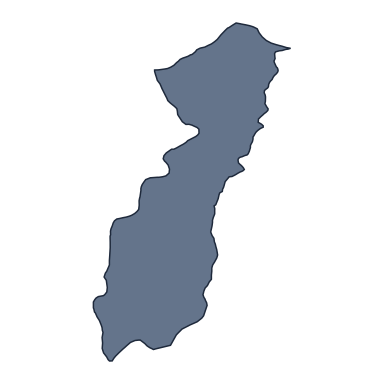 Ose, Ondo, Nigeria
{"feature_id": "59680162B83455285452940", "entity_name": "Ose", "entity_type": "district", "adm_level": 2, "iso_a3": "NGA", "parent_name": "Nigeria", "parent_adm1": "Ondo", "projection": "mercator", "projection_center": [5.755, 7.05], "detail": "fine", "context": "isolated", "style": "filled", "palette": "slate", "viewbox_px": 384, "rotation_deg": 0, "n_neighbors": 0, "source": "geoboundaries", "source_scale": "gbopen_adm2", "svg_char_len": 4248}
<svg xmlns="http://www.w3.org/2000/svg" viewBox="0 0 384 384"><path d="M243.2,170.6L244.3,169.5L243.5,168.0L242.4,166.6L241.0,165.2L239.9,164.3L238.5,162.9L238.0,160.0L238.3,158.9L239.2,157.8L240.3,157.2L242.2,156.7L244.2,155.8L245.6,155.3L247.0,155.0L248.1,153.9L249.3,151.3L249.8,149.6L250.4,147.6L250.4,145.9L250.7,144.8L252.4,141.7L253.0,139.1L253.0,137.1L253.9,135.7L255.0,133.7L255.9,132.3L257.6,130.6L259.8,128.9L261.2,128.1L263.2,127.2L263.2,125.8L261.5,124.2L258.2,122.3L258.5,118.9L259.4,118.1L260.8,116.7L263.1,114.7L264.2,113.6L265.9,112.4L266.4,111.9L267.8,110.5L268.1,109.1L268.1,108.8L266.8,107.0L264.9,103.6L265.4,101.3L265.5,97.6L265.5,96.8L265.2,95.1L264.2,92.8L264.5,90.5L266.1,89.1L267.6,88.0L268.4,86.8L268.7,84.3L269.6,82.3L270.7,80.9L272.1,79.5L273.0,77.5L274.4,75.5L275.8,74.3L276.6,73.5L277.8,71.8L278.1,70.4L277.8,69.0L277.3,67.8L276.4,67.0L275.6,65.3L274.8,63.5L274.3,62.4L274.0,61.0L274.6,59.8L275.1,58.4L274.9,57.3L274.6,53.6L275.5,51.9L277.5,51.3L279.4,50.8L282.2,50.5L284.1,49.9L285.8,49.4L288.1,49.1L290.6,48.3L286.5,47.6L282.0,46.2L278.8,45.4L277.1,44.9L276.9,44.9L271.2,43.1L266.3,40.5L262.2,36.9L259.1,32.8L257.2,28.8L256.6,28.5L253.6,27.0L252.2,26.5L249.6,25.7L245.5,24.8L241.2,24.0L240.4,23.8L236.1,23.0L235.3,23.5L233.0,24.9L228.9,27.6L227.6,28.1L225.3,30.3L220.9,34.9L217.3,39.4L214.6,41.7L211.5,43.9L208.4,45.3L204.8,47.1L200.3,48.1L199.6,48.4L196.7,49.9L195.4,51.7L192.2,54.4L190.4,54.9L188.2,56.2L185.5,57.2L182.8,58.1L180.1,59.4L178.3,61.3L176.6,62.6L173.9,65.3L170.7,67.2L167.6,68.5L164.9,69.0L161.3,69.5L158.2,69.9L154.6,70.0L154.6,71.3L155.5,74.5L156.4,77.2L157.3,80.3L160.0,83.9L161.0,86.2L161.9,88.4L163.7,92.0L165.5,95.6L166.9,98.3L167.8,100.6L168.1,100.9L168.6,101.4L170.5,103.2L174.5,106.4L176.8,108.6L177.3,110.9L177.7,114.5L178.2,115.4L180.3,118.6L182.3,121.7L185.9,124.4L189.0,124.3L192.2,125.2L193.1,125.7L197.1,127.5L198.9,129.2L199.0,133.3L197.6,135.1L195.8,136.5L189.6,139.7L187.8,140.6L186.0,142.4L183.3,144.2L180.6,145.6L176.6,147.9L173.9,149.2L171.6,149.2L170.3,150.1L166.3,152.9L164.2,155.4L164.0,155.6L163.2,158.8L164.5,161.0L165.9,162.3L168.1,165.0L169.5,169.1L169.1,173.1L165.9,175.9L162.4,176.8L158.8,177.3L157.0,177.3L150.2,177.8L148.0,178.7L145.7,179.6L144.0,181.9L142.2,184.6L141.3,186.8L140.9,188.6L140.9,190.9L140.8,191.2L140.4,194.0L140.0,196.8L139.6,198.1L139.1,200.8L139.2,205.3L138.7,209.4L136.9,211.6L134.7,213.5L131.6,215.3L129.3,216.2L126.2,217.1L123.5,217.6L119.5,218.5L116.8,219.0L114.5,220.8L113.2,223.0L112.3,225.8L111.0,228.9L110.5,231.2L110.6,234.8L110.1,236.1L110.1,237.9L110.2,242.0L110.2,247.9L109.8,254.6L109.4,260.5L109.4,265.0L106.7,271.3L105.4,273.1L104.1,277.0L105.2,278.7L106.3,280.3L107.3,287.5L106.8,292.0L104.6,294.8L103.3,295.7L101.0,296.1L98.3,296.6L96.1,298.0L94.9,299.5L94.7,299.8L93.4,302.0L93.4,306.1L93.4,307.9L93.9,309.2L94.5,312.0L95.3,312.8L96.5,315.5L97.1,316.9L99.4,320.5L101.2,325.0L102.1,327.7L102.3,330.2L103.0,332.5L102.1,337.6L102.6,343.0L102.2,348.4L102.7,350.1L103.6,352.9L106.7,356.9L108.1,359.6L109.5,361.0L112.2,360.9L113.9,358.2L115.7,356.0L118.9,352.8L123.3,348.7L124.5,347.7L126.9,345.5L130.5,342.4L135.0,340.5L138.5,340.1L140.3,340.1L144.9,343.6L146.4,345.2L147.1,345.9L149.8,347.7L152.2,348.8L153.4,349.5L154.9,349.1L155.5,348.9L170.5,345.3L174.8,337.6L176.3,334.9L178.5,332.6L180.7,330.4L182.1,329.0L190.1,324.9L194.2,323.1L197.3,321.7L201.8,318.1L203.6,315.8L207.1,305.4L206.6,302.7L205.7,301.0L204.8,298.7L203.9,297.4L203.0,294.7L203.9,291.0L205.1,288.1L205.2,287.9L205.4,287.7L205.8,287.3L207.4,285.6L209.2,282.0L210.7,280.2L211.4,279.3L211.4,275.2L211.8,271.2L211.8,270.7L211.8,268.0L212.7,264.9L214.5,262.1L216.7,258.1L217.3,256.2L217.4,255.6L217.6,255.1L217.6,254.9L217.1,251.8L216.7,249.5L215.8,246.4L215.3,244.1L214.4,241.9L213.9,238.3L212.1,235.6L210.7,232.0L212.0,226.1L212.5,222.5L212.5,220.2L213.3,217.5L214.7,213.9L214.7,211.7L214.7,209.9L214.8,208.9L214.1,205.9L215.8,204.7L216.4,203.1L216.9,201.9L217.1,201.3L217.4,200.7L218.2,198.6L219.1,194.5L219.8,192.8L222.3,191.5L222.6,189.2L223.5,187.5L224.1,185.5L224.7,183.3L225.2,181.6L228.3,177.9L228.6,177.5L229.2,176.8L232.0,176.5L234.8,175.1L236.2,174.3L237.6,173.4L240.1,172.0L241.8,171.4L243.2,170.6Z" fill="#64748b" stroke="#1e293b" stroke-width="1.5"/></svg>